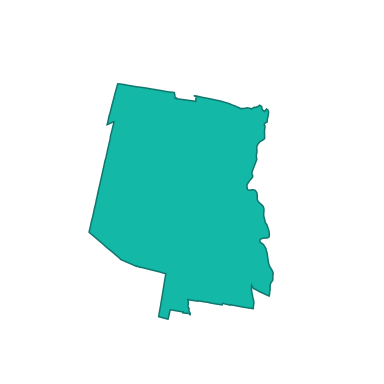 Botesti, Neamt, Romania, rotated 237°
{"feature_id": "2599482B78985950419724", "entity_name": "Botesti", "entity_type": "district", "adm_level": 2, "iso_a3": "ROU", "parent_name": "Romania", "parent_adm1": "Neamt", "projection": "mercator", "projection_center": [26.751, 47.065], "detail": "fine", "context": "isolated", "style": "filled", "palette": "teal", "viewbox_px": 384, "rotation_deg": 237, "n_neighbors": 0, "source": "geoboundaries", "source_scale": "gbopen_adm2", "svg_char_len": 5921}
<svg xmlns="http://www.w3.org/2000/svg" viewBox="0 0 384 384"><g transform="rotate(237 192 192)"><path d="M219.7,300.2L221.0,299.8L220.8,299.4L220.7,298.6L220.5,298.1L220.3,297.4L220.0,297.1L219.9,296.9L219.9,296.6L220.7,296.5L221.5,296.2L221.8,296.0L222.0,295.8L222.2,296.0L222.5,296.0L223.1,295.8L223.9,296.0L224.3,296.4L224.8,296.7L225.5,296.9L226.3,296.8L226.8,296.6L227.4,296.3L227.8,296.0L228.0,295.9L227.9,295.5L227.9,294.8L227.9,293.7L227.9,293.2L228.1,292.7L227.8,292.3L228.0,291.9L228.2,291.7L228.4,291.2L229.0,290.8L229.2,289.8L229.2,289.5L229.3,288.1L229.2,287.2L229.2,286.9L230.1,286.6L230.7,286.1L232.6,284.1L233.0,282.7L233.7,281.3L234.4,280.2L234.8,279.1L234.8,278.7L235.7,278.4L235.8,278.3L236.0,278.1L236.2,277.9L236.4,277.7L236.7,277.6L238.1,276.7L239.0,276.0L239.7,275.6L240.3,275.2L241.3,274.5L241.8,274.1L242.4,273.6L243.9,272.6L245.5,271.6L247.1,270.3L247.9,269.6L252.6,265.6L253.5,264.7L260.6,257.6L264.7,253.3L265.7,252.3L266.1,251.9L267.2,250.8L269.1,249.0L271.4,246.6L271.8,246.0L271.6,246.2L271.0,246.5L270.4,246.9L269.8,247.5L269.6,247.6L269.3,247.6L268.8,247.0L268.6,246.7L268.0,246.0L267.4,245.5L265.9,244.6L266.2,244.3L266.8,243.6L267.7,242.6L268.4,241.8L268.9,241.2L269.4,240.6L269.8,240.1L270.3,239.5L270.9,238.9L271.8,237.8L272.2,237.4L272.7,236.7L274.2,235.1L274.6,234.6L274.8,234.3L276.1,232.8L276.7,232.1L277.6,231.1L278.5,230.0L278.7,229.8L279.3,230.2L279.6,229.7L279.9,229.0L282.3,230.2L285.0,231.4L285.3,231.1L286.2,230.0L287.0,229.1L287.6,228.1L288.6,227.0L289.8,225.7L291.7,223.6L293.8,221.5L295.9,219.1L296.7,218.2L297.0,217.9L297.9,217.0L299.4,215.3L300.0,214.6L300.7,213.8L301.2,213.4L302.2,212.3L303.8,210.5L304.6,209.7L306.1,207.9L307.4,206.5L308.3,205.4L310.4,202.8L310.8,202.5L311.4,201.8L312.5,200.6L313.4,199.5L313.7,199.2L314.2,198.8L314.5,198.5L315.3,197.5L316.7,196.0L318.2,194.6L318.9,193.8L320.2,192.3L320.5,192.0L322.7,189.3L323.2,188.6L316.3,180.8L310.2,174.2L309.5,173.4L308.4,172.1L307.1,170.8L303.2,166.6L302.9,166.2L302.5,165.7L300.2,163.1L297.7,160.7L294.7,157.5L294.5,158.4L294.0,161.9L293.7,163.8L293.6,164.8L293.3,164.8L293.0,164.5L292.2,163.7L291.5,162.9L291.0,162.3L290.4,161.8L289.8,161.1L289.2,160.4L288.7,160.0L288.3,159.5L286.7,157.8L284.9,155.8L284.1,155.0L283.8,154.6L282.9,153.7L281.8,152.9L281.2,152.3L280.3,151.5L279.2,150.3L277.5,148.5L276.5,147.6L276.3,147.2L275.6,146.5L274.6,145.5L273.0,143.8L271.5,142.4L269.7,140.5L267.5,138.4L266.9,137.6L266.4,137.0L265.5,136.0L264.6,135.0L264.0,134.5L263.4,133.9L261.4,131.9L259.2,129.6L256.4,126.8L253.8,124.2L248.1,118.3L246.9,117.1L245.3,115.5L244.6,114.7L244.0,114.0L243.2,113.2L240.5,110.6L240.1,110.2L239.1,109.2L238.4,108.4L237.9,108.0L237.6,107.5L236.7,106.8L236.2,106.3L235.5,105.6L234.5,104.6L233.8,103.8L233.3,103.3L232.6,102.6L231.6,101.6L231.3,101.2L231.0,101.0L230.9,100.8L230.8,100.7L230.5,100.3L229.6,99.5L229.1,99.0L228.6,98.5L227.5,97.4L225.6,95.5L224.4,94.2L223.4,93.0L222.3,91.9L221.6,91.1L220.6,90.1L219.3,88.8L218.5,88.1L215.5,84.9L214.4,83.8L212.7,84.2L211.3,84.7L209.8,85.1L208.5,85.5L205.8,86.3L205.4,86.5L204.9,86.6L203.2,87.1L201.7,87.5L199.2,88.3L198.3,88.5L196.3,89.2L194.9,89.5L194.7,89.5L192.9,90.0L191.1,90.5L189.9,90.9L189.4,91.1L188.7,91.3L184.2,92.8L181.6,93.5L178.6,94.4L177.3,94.8L174.6,95.5L174.3,95.4L174.1,95.5L161.6,103.8L159.7,105.0L159.8,105.5L157.4,107.1L157.4,107.5L156.6,108.2L154.4,110.3L153.4,111.2L150.6,113.8L148.9,115.4L144.6,119.4L142.6,121.3L140.8,122.8L140.7,122.9L140.3,123.1L138.7,124.7L137.8,125.6L131.5,119.8L123.2,112.3L112.9,102.9L107.7,98.0L105.6,96.1L98.4,102.6L98.5,102.8L105.1,109.6L96.2,119.2L95.6,118.5L91.4,123.6L91.1,123.7L90.8,123.6L90.8,123.4L90.7,123.4L90.2,123.4L90.1,123.7L91.0,124.3L92.4,124.5L93.9,124.7L94.4,124.9L94.7,125.1L95.1,125.5L95.3,125.8L95.9,126.1L96.4,126.2L97.0,126.2L97.4,126.1L98.2,126.4L98.8,126.6L100.5,128.3L102.0,129.2L104.2,129.9L102.9,131.0L102.4,131.6L100.9,133.3L98.6,135.9L97.3,137.3L97.6,137.6L96.3,139.1L93.5,142.1L89.9,146.3L89.6,146.2L88.2,147.8L85.6,150.5L83.5,152.9L80.9,155.8L81.9,157.0L80.3,158.6L79.1,159.7L76.8,162.0L76.0,162.7L76.1,162.8L76.4,163.2L75.1,164.4L73.7,165.8L66.8,173.0L66.3,173.7L63.6,176.6L62.3,178.2L60.8,179.7L60.9,180.0L61.0,180.0L61.6,180.4L62.2,180.9L63.3,181.7L64.1,182.5L65.0,183.2L65.2,183.5L65.7,183.8L66.8,184.2L67.9,184.8L70.0,185.4L73.1,186.7L76.4,188.0L77.6,188.7L79.0,189.5L81.1,191.1L81.3,191.3L80.9,191.2L80.2,191.2L79.4,191.1L78.9,191.0L78.0,191.0L77.8,191.0L77.2,191.2L76.9,191.4L76.5,191.6L76.1,192.0L75.9,192.1L75.7,192.3L75.3,192.4L74.6,192.7L74.1,193.1L73.6,193.3L72.9,193.7L72.7,193.8L72.3,193.9L62.7,200.0L64.2,201.6L65.8,202.6L67.4,204.2L69.2,205.4L70.6,206.3L71.6,207.1L72.3,208.0L73.0,208.9L73.5,210.4L74.2,211.9L75.6,212.8L77.3,213.8L78.5,214.8L79.4,215.7L80.8,216.2L82.7,216.5L84.5,216.6L86.4,216.6L87.5,216.7L88.9,217.0L90.7,217.5L94.0,219.0L96.2,220.0L97.3,220.5L99.3,221.5L101.9,222.3L104.5,223.2L107.0,223.3L109.1,223.3L111.0,222.6L112.5,222.0L113.6,222.1L115.0,223.0L115.1,224.3L114.3,227.0L113.3,228.5L112.3,230.7L112.3,232.0L113.2,233.0L115.5,234.4L117.4,235.3L123.8,237.0L126.0,236.8L127.3,237.1L130.2,238.3L132.6,239.0L134.3,240.0L137.3,242.3L139.0,243.3L140.9,243.8L142.9,243.7L144.4,243.1L146.6,242.6L148.2,242.4L149.9,242.6L152.1,243.8L153.8,245.0L155.9,245.9L157.6,246.0L158.9,245.9L160.2,244.9L160.9,244.0L161.8,242.2L162.5,240.7L163.1,240.2L164.0,240.1L165.0,240.2L165.9,240.8L167.9,241.7L169.3,244.5L170.3,247.1L171.2,250.0L171.3,250.8L172.2,251.5L173.0,251.9L174.2,252.1L175.3,252.4L177.6,255.2L180.0,258.5L181.8,261.1L183.7,263.6L184.2,264.2L186.2,265.0L188.2,266.3L189.9,268.1L192.9,270.0L194.5,270.6L196.2,273.2L196.7,274.8L197.2,276.6L197.0,279.4L197.1,281.3L197.4,282.1L198.9,283.1L200.8,284.2L204.2,286.4L205.6,287.6L207.0,288.8L208.0,289.3L208.8,289.1L209.5,289.6L210.0,290.3L209.9,291.9L209.7,293.0L212.6,295.4L215.1,297.9L217.0,299.6L218.2,300.1L219.7,300.2Z" fill="#14b8a6" stroke="#0f766e" stroke-width="1.5"/></g></svg>